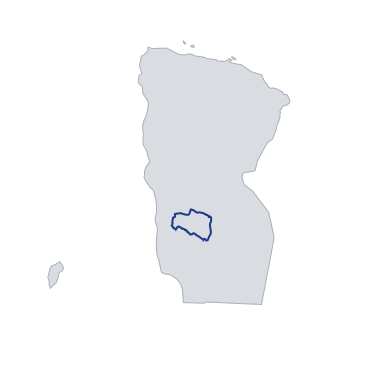 As Sawm, Hadramawt, Yemen (highlighted), rotated 111°
{"feature_id": "15242507B25439284744831", "entity_name": "As Sawm", "entity_type": "district", "adm_level": 2, "iso_a3": "YEM", "parent_name": "Yemen", "parent_adm1": "Hadramawt", "projection": "equal_earth", "projection_center": [49.843, 16.023], "detail": "fine", "context": "in_parent", "style": "outline", "palette": "blue", "viewbox_px": 384, "rotation_deg": 111, "n_neighbors": 0, "source": "geoboundaries", "source_scale": "gbopen_adm2", "svg_char_len": 7710}
<svg xmlns="http://www.w3.org/2000/svg" viewBox="0 0 384 384"><g transform="rotate(111 192 192)"><path d="M298.3,160.4L286.5,166.0L283.4,168.4L280.6,171.5L278.5,175.4L277.1,182.1L278.2,188.3L278.1,191.6L275.1,193.8L272.3,195.4L269.1,197.8L267.2,198.4L265.6,200.3L263.8,201.7L257.2,205.1L250.0,207.8L238.5,211.1L234.1,214.6L230.1,217.0L224.0,217.7L215.6,221.1L210.9,223.7L205.1,228.1L203.8,229.5L202.8,232.7L201.0,235.4L197.5,240.0L194.9,242.3L193.1,242.4L189.7,243.7L185.7,244.0L178.9,242.4L177.2,243.5L175.7,245.3L170.5,248.4L165.2,254.6L161.3,256.3L155.0,258.2L150.6,260.8L147.6,261.9L143.8,262.4L136.8,262.1L130.1,263.1L123.9,264.8L121.0,268.2L117.6,273.4L112.2,275.6L110.9,277.5L109.2,281.4L105.7,282.4L102.5,283.1L99.3,281.4L93.1,286.1L90.8,286.8L87.3,287.0L84.8,288.0L83.0,287.7L80.8,285.9L76.1,283.7L72.6,285.1L72.4,280.7L66.7,267.1L68.1,255.3L68.1,253.6L67.0,248.4L63.6,243.5L63.8,237.4L62.7,233.1L61.8,228.6L62.1,227.4L62.2,226.3L60.5,219.4L60.0,218.1L59.8,216.6L60.4,215.5L60.3,214.2L59.4,212.1L58.5,208.1L53.9,204.9L54.9,202.0L55.8,203.0L57.0,203.9L57.3,202.0L57.3,200.6L55.5,191.6L58.5,179.7L57.7,169.1L62.1,164.7L63.2,163.4L63.9,162.3L64.9,159.9L66.3,159.1L66.9,156.5L66.9,155.2L66.0,154.1L65.3,151.1L65.6,147.4L65.8,145.8L66.3,142.9L67.9,141.8L68.3,140.9L67.1,139.1L67.2,138.0L69.9,135.0L70.9,134.1L72.6,133.1L73.9,133.1L75.4,133.7L76.7,134.5L78.0,136.1L79.4,137.8L81.5,138.5L83.0,138.3L84.2,139.1L85.2,138.7L86.3,137.8L88.1,137.8L89.8,136.8L94.4,136.3L98.9,136.6L103.6,135.8L108.2,135.8L112.9,135.9L114.0,136.0L115.0,136.6L118.9,139.3L121.9,139.8L128.0,140.6L134.4,141.4L140.0,142.1L144.7,141.4L148.7,140.9L149.8,141.0L150.9,142.7L153.3,146.8L155.5,150.8L159.4,151.0L161.9,149.5L164.7,147.4L166.4,145.8L168.4,139.4L169.7,135.2L172.6,130.6L175.0,126.7L178.3,121.5L180.0,118.7L183.6,113.0L186.9,110.9L193.4,106.6L199.7,102.5L203.8,99.8L207.3,98.5L213.2,97.5L220.1,96.2L227.0,95.0L234.4,93.6L242.6,92.2L248.2,91.1L255.4,89.8L261.3,88.8L266.6,87.8L272.1,86.8L273.1,89.9L274.2,93.1L275.2,96.2L276.3,99.3L277.3,102.4L278.4,105.5L279.4,108.7L280.4,111.8L281.5,114.9L282.5,118.0L283.6,121.2L284.6,124.3L285.7,127.4L286.7,130.6L287.8,133.7L288.8,136.8L289.9,139.9L291.5,140.9L292.5,143.8L294.0,147.9L295.4,152.1L296.9,156.2L298.3,160.4ZM314.9,287.1L316.4,287.5L318.6,286.4L324.9,286.2L332.6,289.8L331.2,290.7L330.3,292.0L327.0,293.1L323.6,295.9L314.0,297.2L311.1,296.4L308.8,293.8L304.4,290.4L306.1,288.2L306.5,287.2L307.1,286.2L309.6,284.6L312.0,284.9L314.9,287.1ZM56.5,244.8L56.2,245.5L55.8,245.3L54.3,243.6L55.9,241.8L56.8,243.5L56.5,244.8ZM52.4,202.7L51.6,203.4L51.4,202.2L51.9,199.4L52.7,198.6L53.2,200.7L52.8,201.8L52.4,202.7ZM55.7,253.3L54.1,254.2L55.2,251.7L56.3,251.2L56.6,251.3L55.7,253.3Z" fill="#d9dde1" stroke="#a8b0b8" stroke-width="1"/><path d="M222.4,200.4L222.7,200.5L222.9,200.5L223.0,200.5L223.2,200.4L223.8,200.3L224.2,200.1L224.3,200.1L224.5,200.0L224.8,200.0L225.0,200.0L225.7,200.0L225.9,200.0L226.1,199.9L226.5,199.8L226.7,199.7L226.8,199.6L227.0,199.5L227.2,199.4L227.3,199.3L227.7,199.2L227.9,199.1L228.4,199.0L228.5,198.9L228.9,198.8L229.1,198.8L229.5,198.7L229.8,198.7L230.2,198.7L230.5,198.8L230.5,198.7L230.8,198.4L231.0,198.2L231.3,197.8L231.4,197.7L231.5,197.5L231.6,197.4L231.7,196.9L231.7,196.5L231.7,196.3L231.8,196.2L231.9,196.3L232.1,196.3L232.3,196.2L232.4,195.9L232.5,195.6L232.5,195.3L232.5,195.1L232.5,194.8L232.5,194.6L232.6,194.3L232.5,194.1L232.4,194.1L232.3,193.9L232.5,193.7L232.4,193.7L232.0,193.6L231.8,193.5L231.7,193.5L231.6,193.4L231.3,193.3L231.1,193.1L230.9,193.0L230.7,193.0L230.4,193.1L230.2,193.1L229.9,193.1L229.7,193.0L229.6,192.9L229.4,192.8L229.3,192.7L229.2,192.5L229.1,192.2L229.1,191.9L228.9,191.7L228.9,191.4L228.9,191.2L229.0,191.0L229.1,190.8L229.2,190.7L229.2,190.2L229.3,189.9L229.3,189.6L229.2,189.5L229.2,189.3L229.2,189.2L229.3,189.1L229.4,188.9L229.4,188.7L229.6,188.7L229.8,188.5L229.8,188.4L229.8,188.2L229.8,187.9L229.8,187.7L229.8,187.4L229.6,187.2L229.5,186.9L229.4,186.8L229.4,186.6L229.4,186.3L229.5,186.0L229.5,185.8L229.6,185.4L229.7,185.1L229.8,185.1L230.0,185.0L230.1,184.8L230.1,184.7L229.9,184.5L229.8,184.3L230.0,184.1L229.9,183.9L229.7,183.7L229.7,183.4L229.8,183.2L230.0,183.0L230.1,182.9L230.4,182.8L230.5,182.7L230.6,182.4L230.8,182.2L231.0,182.0L231.0,181.8L231.0,181.6L230.9,181.4L231.0,181.3L231.0,181.2L231.3,180.8L231.3,180.6L231.4,180.3L231.4,180.2L231.5,180.0L231.5,179.9L231.6,179.7L232.0,179.1L232.0,178.9L232.2,178.7L232.3,178.6L232.3,178.4L232.3,178.1L232.2,178.0L232.1,177.9L231.9,177.8L231.8,177.7L231.7,177.5L231.7,177.4L231.6,177.1L231.5,176.9L231.4,176.9L231.2,176.8L231.1,176.6L230.9,176.4L230.7,176.3L230.3,176.1L230.1,176.0L229.9,175.9L229.9,175.5L229.9,175.3L230.0,175.2L230.0,174.2L230.0,173.9L230.1,173.6L230.1,173.4L230.3,173.2L230.5,173.0L230.7,172.8L230.7,172.6L230.8,172.5L230.8,172.3L230.8,172.1L230.8,171.8L230.8,171.7L230.9,171.4L231.1,170.9L231.1,170.5L231.1,170.3L231.1,170.1L231.1,169.8L231.1,169.3L231.2,169.1L231.4,168.5L231.6,168.1L231.7,167.9L231.7,167.5L231.7,167.4L231.7,167.2L231.8,166.9L232.0,166.5L232.0,166.4L232.0,166.2L232.0,165.9L232.1,165.7L232.2,165.4L232.3,165.3L232.2,165.1L232.2,164.8L232.3,164.7L232.5,164.5L232.4,164.5L232.3,164.4L232.2,164.2L231.9,163.8L231.7,163.7L231.3,163.6L231.2,163.5L231.2,163.3L231.2,163.2L231.4,163.0L231.5,162.7L231.7,162.4L231.7,162.2L231.8,162.0L232.0,161.9L232.1,161.7L232.2,161.4L232.0,161.2L231.9,161.1L231.9,160.9L231.4,160.5L231.3,160.4L231.3,160.2L230.9,160.2L230.7,160.1L230.3,160.1L230.2,160.1L229.5,160.1L229.3,160.1L229.0,160.1L227.6,160.0L227.2,160.0L226.8,159.9L226.5,159.9L226.2,159.8L225.7,159.7L225.3,159.6L224.7,159.6L223.9,159.7L223.6,159.8L223.2,159.8L222.7,160.0L222.2,160.2L221.8,160.4L221.6,160.5L220.5,161.2L219.8,161.5L219.4,161.8L219.1,162.0L218.7,162.2L217.4,162.9L216.8,163.2L216.5,163.4L216.3,163.4L216.1,163.5L215.9,163.6L215.6,163.7L215.4,163.7L215.2,163.8L214.9,163.8L214.4,163.8L214.1,163.8L213.8,163.7L213.6,163.7L212.9,163.7L212.7,163.7L212.3,163.8L211.7,163.9L211.4,164.0L210.8,164.3L210.1,164.6L209.9,164.7L209.6,164.8L209.4,164.9L208.8,165.2L208.6,165.8L208.5,166.0L208.4,166.4L208.5,166.6L208.6,166.8L208.8,166.9L209.1,167.0L209.3,167.0L209.4,167.3L209.2,167.5L208.9,167.6L208.6,167.8L208.5,168.0L208.4,168.2L208.3,168.4L208.1,168.8L208.1,169.1L208.0,169.3L208.0,169.5L208.0,170.0L208.2,170.3L208.3,170.5L208.2,170.9L208.1,171.0L207.9,171.3L207.9,171.5L208.0,171.8L208.0,172.0L207.9,172.4L207.8,172.6L207.8,173.0L207.8,173.3L207.7,173.5L207.7,174.0L207.8,174.4L207.8,174.7L207.8,174.9L207.9,175.1L208.0,175.8L208.1,176.3L208.2,177.0L208.3,177.4L208.4,177.8L208.5,178.0L208.8,178.6L209.1,179.2L209.2,179.4L209.2,179.6L209.3,179.8L209.3,180.0L209.3,180.3L209.4,180.7L209.4,180.9L209.3,181.2L209.3,181.5L209.2,181.7L209.1,181.9L208.9,182.6L208.7,183.0L208.6,183.4L208.5,183.6L208.6,185.3L208.6,185.6L208.6,186.1L208.6,186.3L208.6,186.5L208.6,186.8L208.9,186.9L209.3,186.9L209.5,186.8L209.9,186.8L210.1,186.7L210.4,186.7L210.6,186.7L211.0,186.8L211.4,186.8L211.5,186.8L212.5,186.7L213.4,186.7L213.6,186.7L213.7,186.8L214.1,187.0L214.4,187.2L214.6,187.4L214.7,187.6L214.8,187.8L215.0,188.2L215.1,188.4L215.1,188.7L215.2,188.9L215.3,189.6L215.4,189.8L215.5,190.4L215.5,190.9L215.5,191.1L215.6,191.3L215.7,192.1L215.7,192.7L215.7,193.0L215.8,193.5L215.8,194.2L215.8,194.4L215.7,194.9L215.8,195.1L215.9,195.3L216.0,195.4L216.2,195.7L216.3,195.9L216.4,196.0L216.7,196.4L216.8,196.6L216.9,196.8L217.0,197.1L217.1,197.4L217.2,197.6L217.3,197.8L217.4,198.2L217.7,198.8L217.8,198.9L218.0,199.1L218.2,199.4L218.3,199.5L218.6,199.8L218.7,200.0L218.9,200.1L219.1,200.0L219.8,199.4L220.7,199.0L221.1,199.0L221.7,199.2L222.0,199.5L222.2,199.9L222.4,200.4Z" fill="none" stroke="#1e3a8a" stroke-width="2"/></g></svg>